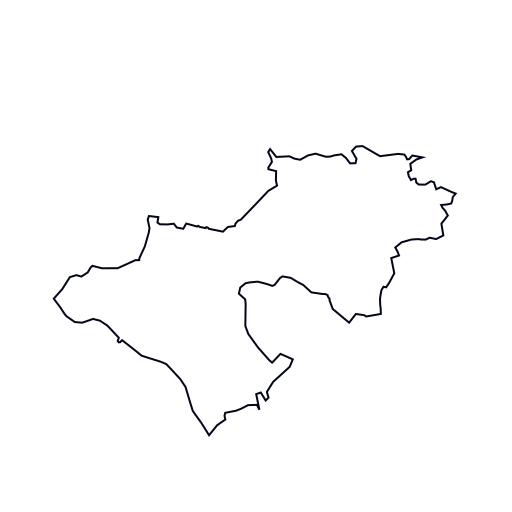 Al Hasahisa, Gezira, Sudan, rotated 304°
{"feature_id": "16777658B35693507625874", "entity_name": "Al Hasahisa", "entity_type": "district", "adm_level": 2, "iso_a3": "SDN", "parent_name": "Sudan", "parent_adm1": "Gezira", "projection": "albers", "projection_center": [32.94, 14.812], "detail": "fine", "context": "isolated", "style": "outline", "palette": "ink", "viewbox_px": 512, "rotation_deg": 304, "n_neighbors": 0, "source": "geoboundaries", "source_scale": "gbopen_adm2", "svg_char_len": 2838}
<svg xmlns="http://www.w3.org/2000/svg" viewBox="0 0 512 512"><g transform="rotate(304 256 256)"><path d="M81.3,317.1L81.2,317.3L93.9,318.4L99.4,320.5L103.3,322.0L106.0,319.2L108.8,318.2L115.8,325.2L116.7,326.1L121.3,329.2L127.9,332.8L133.1,340.0L130.4,344.8L141.6,333.4L145.5,336.3L141.6,344.8L145.6,345.6L149.4,341.0L161.3,340.6L183.0,345.9L190.9,344.3L189.3,335.2L188.5,331.0L176.6,329.0L177.0,325.4L181.3,308.8L187.0,293.3L192.0,286.3L210.5,274.2L214.0,271.3L215.2,262.9L221.0,260.6L227.5,262.5L230.9,265.9L235.7,271.8L238.5,279.6L239.2,281.9L240.3,286.2L242.4,287.6L251.2,288.2L253.9,289.4L257.3,297.0L257.7,305.2L258.4,311.4L256.8,322.2L261.5,332.0L263.3,335.0L263.6,337.3L262.6,338.3L262.2,339.4L261.6,341.0L260.6,341.5L255.0,349.2L252.8,370.5L263.8,371.2L267.5,379.0L267.4,381.1L277.8,391.9L282.2,388.7L285.6,385.8L290.1,382.6L294.1,380.7L297.8,379.1L301.8,378.9L302.8,381.4L308.2,381.4L319.0,380.3L329.9,369.3L336.4,374.3L339.0,370.6L340.9,366.7L348.7,369.0L356.4,375.5L358.9,378.6L361.2,381.8L362.0,383.7L364.5,387.5L368.3,389.8L370.8,395.9L377.8,399.8L386.5,391.6L396.8,392.4L399.3,387.5L400.3,383.6L401.8,381.0L405.6,385.6L408.7,388.5L411.3,387.9L414.9,386.2L419.4,386.6L418.5,382.7L416.5,370.8L412.1,368.1L416.6,362.3L415.8,359.2L409.9,356.5L406.2,350.9L406.5,347.9L409.3,345.0L408.1,343.4L405.6,342.1L406.2,340.9L407.5,338.1L410.4,335.1L413.9,336.7L418.7,332.4L425.7,335.0L430.8,338.8L426.7,329.4L421.9,328.8L420.6,327.1L421.6,325.8L423.1,322.4L420.1,316.7L408.1,303.0L406.7,282.9L402.7,277.8L396.7,276.8L392.7,285.0L388.6,286.6L385.4,282.2L387.6,275.7L388.1,270.0L384.2,265.7L383.3,264.7L379.9,261.9L377.3,258.3L374.1,248.1L368.5,242.9L360.5,238.8L358.2,233.4L357.3,227.9L349.5,217.5L352.5,207.9L349.0,208.0L345.3,214.1L342.9,216.6L336.1,216.8L334.9,217.8L337.6,225.2L329.6,230.4L326.1,234.1L316.9,229.8L300.0,227.0L293.1,225.8L277.6,223.1L275.2,221.4L271.5,220.9L269.0,221.7L264.4,216.5L262.0,215.9L257.7,215.0L252.2,201.7L252.6,200.4L252.1,198.6L250.9,198.6L248.6,192.9L248.7,191.2L247.5,190.7L243.9,180.0L237.9,180.5L235.3,174.4L236.8,169.8L232.7,165.0L228.6,158.7L228.6,155.6L233.6,153.3L229.3,144.9L225.6,145.9L219.5,152.2L215.5,154.0L201.7,158.5L189.1,160.5L187.3,161.5L185.2,158.4L168.6,148.2L159.7,135.2L156.4,125.9L153.9,125.3L148.3,125.7L141.3,122.7L139.7,117.8L134.4,113.5L120.6,113.9L117.9,113.6L107.6,112.2L107.1,113.4L106.1,116.3L104.2,121.9L100.8,130.0L100.1,132.7L99.9,142.7L103.6,149.3L112.7,156.1L115.1,162.7L115.2,171.3L114.6,174.3L111.5,188.0L108.2,188.9L107.7,190.6L108.7,191.6L111.3,192.0L110.4,205.6L109.4,217.0L112.1,226.2L115.0,235.9L115.6,238.8L116.2,242.1L114.6,249.4L113.6,253.6L111.6,262.0L108.1,270.7L104.8,274.7L97.6,283.5L92.3,290.1L90.6,294.4L87.2,303.7L85.6,307.4L81.9,315.7L81.8,315.8L81.6,316.3L81.6,316.5L81.4,316.9L81.3,317.1Z" fill="none" stroke="#020617" stroke-width="2"/></g></svg>